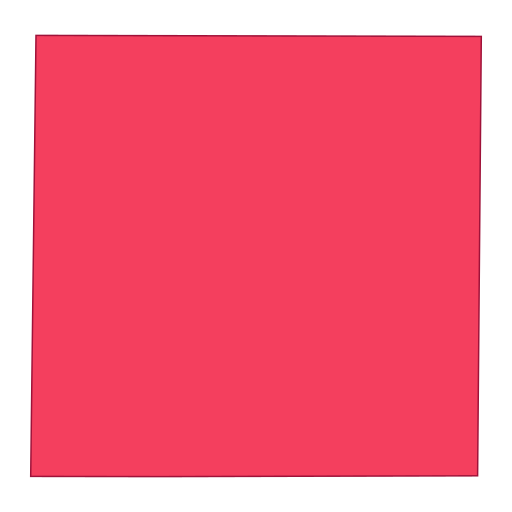 Armstrong, Texas, United States of America (Mercator projection)
{"feature_id": "52423323B62682340625208", "entity_name": "Armstrong", "entity_type": "district", "adm_level": 2, "iso_a3": "USA", "parent_name": "United States of America", "parent_adm1": "Texas", "projection": "mercator", "projection_center": [-101.331, 34.965], "detail": "fine", "context": "isolated", "style": "filled", "palette": "rose", "viewbox_px": 512, "rotation_deg": 0, "n_neighbors": 0, "source": "geoboundaries", "source_scale": "gbopen_adm2", "svg_char_len": 199}
<svg xmlns="http://www.w3.org/2000/svg" viewBox="0 0 512 512"><path d="M481.3,36.4L36.0,35.4L30.7,476.4L161.6,476.6L477.6,475.8L481.3,36.4Z" fill="#f43f5e" stroke="#9f1239" stroke-width="1.5"/></svg>